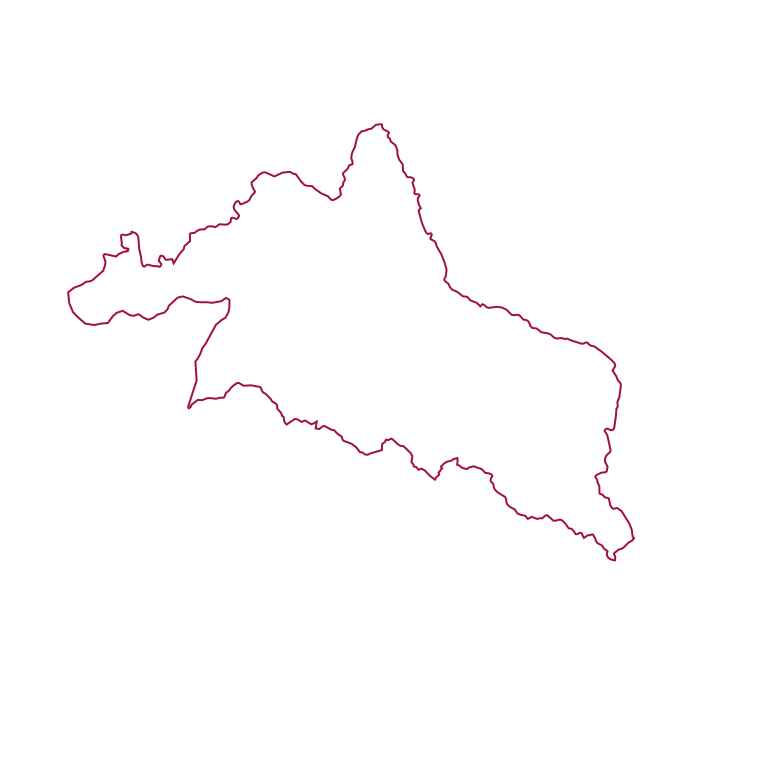 outline of Alejandría, Antioquia, Colombia, rotated 49°
{"feature_id": "7082276B80889552821395", "entity_name": "Alejandría", "entity_type": "district", "adm_level": 2, "iso_a3": "COL", "parent_name": "Colombia", "parent_adm1": "Antioquia", "projection": "albers", "projection_center": [-75.091, 6.356], "detail": "fine", "context": "isolated", "style": "outline", "palette": "rose", "viewbox_px": 768, "rotation_deg": 49, "n_neighbors": 0, "source": "geoboundaries", "source_scale": "gbopen_adm2", "svg_char_len": 6164}
<svg xmlns="http://www.w3.org/2000/svg" viewBox="0 0 768 768"><g transform="rotate(49 384 384)"><path d="M664.5,296.5L662.1,296.3L656.3,292.5L650.2,290.4L635.8,288.1L630.9,289.3L630.0,290.0L629.0,292.5L627.8,293.2L624.0,292.8L618.1,289.5L617.1,289.7L614.3,291.7L611.0,291.7L608.8,293.0L607.9,293.1L602.2,288.4L598.5,287.4L596.0,286.0L592.7,285.5L592.2,284.7L592.3,282.5L593.7,277.8L595.7,275.1L596.1,273.4L593.1,269.5L588.0,268.3L585.6,266.6L583.8,262.9L583.7,258.4L582.9,256.6L569.4,249.2L563.9,248.2L563.4,246.4L564.2,244.7L567.3,243.3L568.5,242.1L568.8,241.2L568.2,239.1L560.2,229.9L555.4,225.1L554.4,222.4L550.7,219.7L548.2,214.9L541.1,206.8L539.0,205.1L534.4,205.0L530.5,203.6L523.9,202.7L522.0,197.5L519.7,196.5L515.7,196.5L502.5,198.5L493.9,200.5L489.7,203.3L486.2,203.3L485.1,204.4L484.4,207.0L483.1,208.5L474.7,213.7L469.9,216.0L468.8,217.9L465.7,219.9L463.4,223.4L460.7,225.2L455.9,225.7L452.7,227.5L448.3,231.2L442.2,232.4L439.0,235.3L436.5,235.5L433.0,234.2L431.2,234.0L428.9,234.7L427.1,236.5L421.1,236.7L419.2,238.0L417.2,241.0L415.4,242.3L408.4,242.8L403.6,244.8L399.6,248.5L395.0,255.3L393.2,256.2L390.5,256.4L388.4,257.3L388.6,260.3L383.4,260.8L377.6,264.0L372.9,264.0L369.4,267.0L362.8,268.2L357.3,270.7L353.7,270.6L350.6,269.6L347.4,270.3L345.0,270.2L344.4,269.7L343.2,266.6L338.8,261.8L331.7,258.4L323.5,255.6L315.1,254.0L310.9,252.2L308.9,252.3L305.2,253.8L304.5,253.4L302.9,250.3L301.8,249.7L300.9,249.8L299.8,252.2L298.5,252.8L296.1,252.6L287.6,249.8L276.2,244.4L275.6,243.5L275.4,240.8L271.6,240.1L267.2,237.8L265.8,236.2L265.3,233.8L264.7,233.2L263.5,233.4L261.4,235.7L260.0,236.0L257.5,233.3L250.8,230.5L249.9,227.6L249.3,227.2L247.3,227.2L245.9,227.9L243.3,230.6L241.6,230.6L239.4,229.8L235.8,229.9L230.5,225.8L224.8,225.4L219.9,223.5L216.8,220.9L212.5,219.0L210.6,218.8L206.3,219.7L205.0,219.6L202.7,218.6L200.1,219.1L198.8,218.1L197.6,215.4L196.1,215.4L191.3,217.4L188.7,216.7L186.8,215.3L185.1,216.9L183.1,220.1L183.0,226.1L181.4,228.8L180.7,231.3L178.6,235.4L179.0,239.9L180.9,243.4L186.0,250.4L188.1,255.4L189.7,257.9L191.9,260.4L195.9,262.1L197.4,263.6L196.2,266.9L197.7,269.9L198.0,276.5L199.1,277.5L202.5,278.4L204.2,279.4L205.4,282.7L207.2,284.7L207.6,289.2L212.8,292.2L213.3,294.5L212.8,298.3L211.9,301.5L210.4,303.0L205.4,303.2L198.9,306.3L191.2,308.2L187.6,308.4L184.0,312.0L181.5,313.5L176.7,313.7L167.8,312.9L165.8,314.5L162.1,315.8L157.9,322.0L155.4,330.6L146.5,334.6L144.9,336.7L144.0,341.9L145.0,345.3L144.9,351.7L146.7,353.1L151.1,354.6L154.1,355.0L154.7,356.4L155.0,360.3L156.9,365.2L156.7,367.5L154.9,373.5L154.0,374.4L151.2,373.8L150.3,374.1L149.6,375.0L149.7,377.6L151.1,380.6L152.0,381.5L154.8,382.6L161.0,382.6L162.2,383.3L162.9,385.3L162.8,387.0L159.0,389.3L158.6,390.1L158.9,391.1L161.0,393.4L161.1,396.9L159.6,399.3L155.6,403.2L155.0,408.2L151.5,411.0L149.6,413.6L149.5,418.2L148.1,419.6L146.1,422.8L145.5,428.1L143.3,431.3L143.6,432.3L148.9,436.6L149.0,444.1L150.8,446.6L151.7,453.0L154.9,463.6L150.9,461.9L147.1,467.3L142.8,466.8L140.8,468.0L140.7,469.0L143.1,473.1L147.0,473.3L148.1,474.1L148.5,475.8L148.2,476.5L145.8,478.3L144.4,480.2L139.0,483.9L138.5,484.8L138.3,487.6L137.0,488.6L133.6,487.4L128.2,483.7L121.8,480.4L111.7,472.9L108.4,472.3L106.5,472.9L103.5,474.7L104.6,475.8L104.5,476.6L102.4,481.2L100.2,482.8L99.3,484.4L100.0,485.7L105.6,489.4L107.3,491.2L110.8,490.9L114.0,488.3L114.6,488.4L114.6,489.9L115.6,490.2L113.4,494.0L111.9,498.9L112.0,502.6L103.6,508.8L102.7,509.7L102.6,510.8L104.0,512.0L108.7,513.8L111.2,516.3L114.3,521.6L114.4,536.1L113.5,538.7L111.4,541.8L110.7,547.5L108.0,554.7L107.6,562.2L116.4,568.5L125.6,571.5L132.7,571.2L142.5,569.8L149.2,564.2L152.9,557.7L156.8,552.4L154.9,544.0L154.9,539.1L157.3,533.2L165.3,530.7L168.3,528.2L170.2,523.5L176.3,521.9L180.9,519.7L182.7,514.7L183.0,509.5L186.0,502.9L185.6,498.3L183.8,495.2L183.4,483.2L185.8,478.5L192.2,474.7L198.4,472.2L202.3,468.5L205.7,464.4L210.0,460.4L214.8,452.3L215.4,446.7L219.1,445.4L224.9,450.6L227.7,454.3L229.9,459.9L229.1,465.5L229.1,472.0L236.6,492.3L237.9,497.9L240.7,502.8L242.6,507.8L243.2,511.5L258.4,523.1L272.7,546.8L274.2,547.3L274.6,545.2L273.5,543.3L273.4,541.5L273.9,534.9L276.9,531.9L278.6,527.1L280.4,524.6L284.9,520.5L286.8,516.8L289.1,513.9L289.0,512.8L287.0,509.1L287.3,505.4L286.5,502.0L286.4,497.7L287.1,493.7L288.1,492.8L293.2,491.1L297.7,485.3L304.9,479.5L306.2,479.2L307.8,480.3L311.1,480.8L313.6,479.8L320.8,479.3L324.1,479.9L327.3,478.5L328.8,478.5L330.1,478.8L332.8,480.8L337.1,480.6L339.8,481.1L341.1,481.9L343.0,481.3L346.3,483.5L348.1,484.1L350.7,484.1L351.9,474.2L353.6,472.7L358.7,470.9L359.7,467.5L366.5,465.4L367.5,463.5L368.2,459.4L372.7,464.7L375.5,462.4L375.7,458.4L376.4,456.6L383.9,453.7L386.1,452.0L391.1,451.7L396.1,450.5L399.0,451.8L400.5,451.7L408.1,447.6L413.6,446.5L420.0,446.8L421.2,445.4L424.9,444.4L426.7,442.8L427.5,439.8L432.5,429.0L428.1,424.8L428.3,421.3L427.3,419.0L429.0,417.8L430.0,414.4L432.0,413.7L438.7,413.1L441.6,412.0L443.9,410.0L453.5,409.2L456.5,409.8L457.9,410.7L461.0,414.6L463.9,414.6L465.8,415.6L467.8,414.2L471.5,414.1L472.2,411.5L476.0,409.9L483.5,409.6L489.6,408.3L488.7,405.8L488.6,401.8L486.5,400.8L486.6,398.9L485.8,397.6L485.8,395.5L483.8,395.2L483.4,391.3L483.7,388.3L486.3,382.6L486.2,381.1L488.0,377.2L490.4,379.0L492.9,381.8L495.6,380.4L498.2,380.2L502.6,377.4L502.8,374.7L504.9,370.4L512.2,366.1L517.5,365.9L520.5,363.3L523.0,362.2L524.7,362.7L525.4,365.4L526.8,366.9L527.6,367.3L531.0,367.0L534.4,369.1L536.8,369.6L540.4,369.3L548.7,366.7L551.1,367.4L553.7,369.3L555.5,369.9L559.7,369.5L564.2,367.7L569.4,368.2L572.7,366.5L576.1,363.9L580.2,363.9L581.1,359.8L586.2,357.0L588.0,353.8L589.2,352.7L589.1,348.9L590.0,346.9L598.3,345.8L599.6,344.4L601.7,340.2L603.8,339.0L608.8,338.7L614.0,339.3L616.4,337.4L620.5,337.4L622.8,338.0L623.9,337.1L624.9,333.7L626.1,332.8L631.3,334.1L631.9,329.3L633.2,327.9L633.8,325.9L634.7,325.1L638.5,325.7L642.0,327.1L644.1,327.3L649.0,325.4L652.5,326.0L656.8,325.0L659.0,327.8L661.5,328.7L663.2,328.6L666.9,326.9L668.7,325.3L665.8,322.6L663.2,322.1L662.7,321.1L663.0,315.0L664.1,313.2L664.6,310.4L664.1,303.8L665.0,299.0L664.3,297.6L664.5,296.5Z" fill="none" stroke="#9f1239" stroke-width="2"/></g></svg>